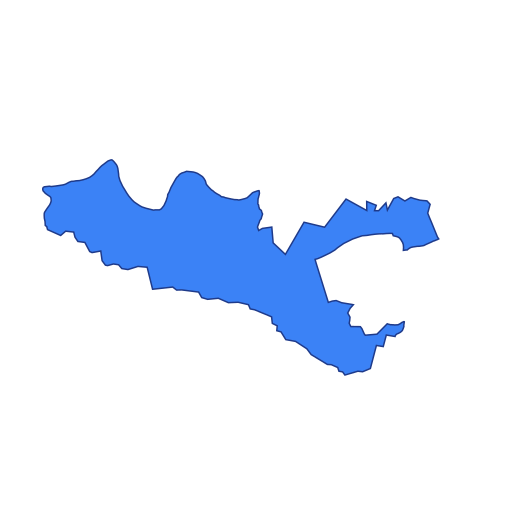 Wujal Wujal, Queensland, Australia (Robinson projection), rotated 66°
{"feature_id": "25037944B81164112312357", "entity_name": "Wujal Wujal", "entity_type": "district", "adm_level": 2, "iso_a3": "AUS", "parent_name": "Australia", "parent_adm1": "Queensland", "projection": "robinson", "projection_center": [145.313, -15.966], "detail": "fine", "context": "isolated", "style": "filled", "palette": "blue", "viewbox_px": 512, "rotation_deg": 66, "n_neighbors": 0, "source": "geoboundaries", "source_scale": "gbopen_adm2", "svg_char_len": 4238}
<svg xmlns="http://www.w3.org/2000/svg" viewBox="0 0 512 512"><g transform="rotate(66 256 256)"><path d="M275.2,77.4L274.1,79.2L273.5,80.4L271.7,83.5L267.7,88.4L265.5,90.7L266.3,97.6L259.7,102.2L259.5,106.8L267.5,117.3L260.3,115.7L264.5,125.6L262.8,129.3L258.6,125.5L251.2,132.7L259.5,136.3L240.6,150.6L257.6,181.6L244.7,198.4L266.5,228.5L251.0,235.0L236.0,229.8L233.4,238.9L233.8,243.2L232.9,243.1L230.3,242.9L229.7,242.5L227.6,240.4L226.0,238.8L225.3,238.3L224.7,237.4L224.1,236.1L222.9,235.2L220.3,232.9L218.5,232.9L216.7,232.6L215.8,232.9L214.5,233.7L213.3,233.5L211.4,233.3L210.7,232.9L210.2,232.9L209.3,233.1L208.5,232.9L208.2,232.6L206.4,231.8L204.5,230.8L203.4,229.8L202.1,228.9L201.4,228.2L200.5,227.7L200.1,227.3L198.6,226.9L197.9,226.6L197.5,226.7L197.3,227.2L197.1,228.4L196.8,231.7L196.8,233.5L198.2,237.4L199.2,240.4L199.1,242.5L198.5,246.2L197.9,248.9L196.8,250.5L195.8,252.6L193.9,255.4L190.1,260.5L189.0,261.5L187.8,263.5L185.9,264.4L183.0,266.6L181.0,267.9L178.4,269.1L177.8,269.7L173.8,271.2L171.1,272.0L169.9,272.2L168.8,272.0L166.8,271.7L164.1,272.0L161.8,272.6L159.5,274.0L156.8,275.8L155.2,277.4L153.8,279.1L152.5,281.3L151.6,282.9L150.4,285.0L150.3,287.7L150.0,290.2L150.3,292.4L150.9,293.9L151.4,294.6L151.8,296.0L152.8,297.7L155.6,301.5L158.9,305.9L162.4,309.5L163.9,311.6L165.8,312.7L167.5,314.3L169.1,315.7L172.5,319.6L174.4,323.3L174.6,325.4L172.9,329.2L172.4,331.0L167.7,337.0L164.8,340.2L162.7,341.8L158.6,344.4L156.9,345.4L154.1,346.5L149.7,347.8L145.8,348.5L142.5,348.9L138.0,349.5L131.7,349.6L127.4,349.0L125.3,348.2L119.8,346.6L117.6,346.3L115.8,346.4L112.7,347.2L111.2,347.7L109.6,348.5L109.2,349.5L109.0,352.6L110.8,360.3L111.6,362.5L112.7,364.9L113.8,367.7L115.2,370.6L116.0,373.3L116.5,376.1L116.4,379.8L116.0,383.0L115.3,386.6L114.1,389.9L113.4,392.6L112.7,394.3L112.6,396.7L112.9,400.9L112.6,403.2L111.5,407.3L110.6,410.5L109.3,414.7L108.2,416.4L107.2,419.6L106.7,421.2L106.8,422.4L107.4,423.2L108.6,423.8L109.9,424.0L111.4,423.5L113.0,423.0L114.9,421.9L116.4,421.0L117.7,420.1L119.0,419.7L120.1,419.9L122.4,420.7L124.2,422.3L125.5,423.9L127.0,426.5L128.4,428.8L130.1,431.4L131.1,432.2L132.8,433.0L135.4,434.0L138.7,434.7L141.1,435.6L142.4,436.1L144.0,435.2L147.1,435.7L157.8,426.1L155.9,419.8L160.0,412.8L165.2,413.7L170.3,412.8L174.0,406.8L184.3,406.1L186.2,404.4L188.3,395.8L197.7,398.5L203.1,397.3L204.4,395.5L205.3,389.5L208.1,385.1L212.9,383.7L216.3,378.5L217.5,368.1L222.0,360.0L244.3,364.0L250.5,344.7L254.8,342.4L256.8,337.6L265.6,323.1L271.9,322.5L275.9,317.8L279.3,307.6L287.4,300.2L291.0,291.1L297.4,282.7L302.0,282.8L304.5,279.2L317.9,266.5L324.2,268.5L328.4,265.0L332.7,267.4L335.5,264.0L344.5,262.8L350.1,254.6L361.4,247.3L368.5,245.7L384.1,234.9L385.9,231.4L391.1,226.7L395.0,227.1L397.1,224.0L400.9,223.2L402.7,209.8L405.1,205.7L405.3,197.3L386.7,182.4L390.5,176.6L381.2,169.1L386.1,161.7L385.6,161.3L385.3,161.0L384.8,160.0L384.5,158.7L384.6,157.5L384.5,156.3L384.4,155.1L384.0,153.6L383.5,152.5L382.2,151.1L380.6,149.6L379.3,149.1L376.5,147.3L376.3,147.3L376.1,147.6L376.0,148.1L376.1,148.6L376.1,149.0L376.0,149.4L376.1,149.9L376.2,150.3L376.3,151.1L376.5,152.0L376.6,154.2L376.0,155.8L375.4,157.4L374.8,158.3L374.6,158.9L374.1,159.7L373.4,161.2L372.8,161.9L372.2,162.7L371.3,163.7L372.2,166.0L376.6,177.3L372.8,188.4L371.1,188.8L365.5,188.8L363.0,189.4L359.0,198.1L355.3,198.2L353.2,196.7L350.1,195.0L345.4,195.4L342.1,191.3L340.1,186.9L339.1,188.3L333.5,196.8L329.3,200.9L328.2,204.7L327.8,208.8L288.9,204.2L285.7,203.8L283.1,203.4L283.5,200.9L283.6,197.2L283.5,192.7L283.3,187.2L282.6,181.5L281.6,178.1L280.2,170.7L279.8,160.8L280.3,155.0L280.7,150.8L282.3,146.3L283.4,142.1L284.7,137.8L285.8,134.7L286.8,132.2L287.3,131.2L287.7,130.1L288.4,128.0L289.8,124.4L290.9,122.2L293.3,122.4L295.3,119.8L296.4,118.6L297.8,117.6L300.1,117.0L303.3,116.6L305.5,116.8L308.1,117.7L310.8,119.1L311.5,116.6L311.8,115.9L312.0,115.4L311.6,114.2L311.3,112.7L311.2,111.0L311.4,109.8L311.8,108.1L312.2,106.8L312.7,104.9L313.5,102.9L314.1,100.8L314.4,99.7L314.7,98.4L314.6,96.1L314.6,94.9L314.6,93.5L314.6,90.2L314.5,87.7L314.7,86.7L314.7,84.9L314.8,83.4L314.7,82.1L312.4,82.5L296.9,82.0L291.4,81.9L286.7,81.7L279.6,75.9L275.2,77.4Z" fill="#3b82f6" stroke="#1e3a8a" stroke-width="1.5"/></g></svg>